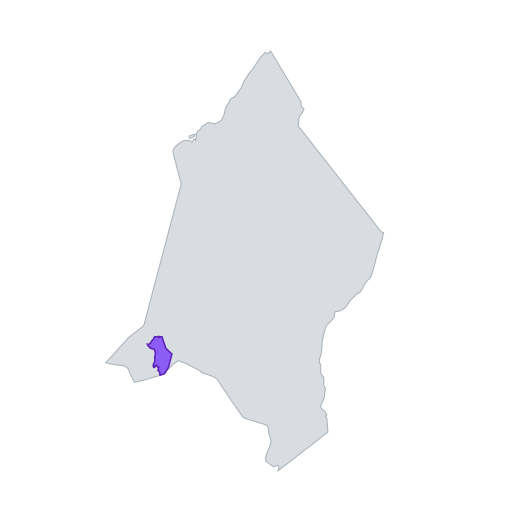 Mandera West, North-Eastern, Kenya (highlighted), rotated 195°
{"feature_id": "3690345B48276245407304", "entity_name": "Mandera West", "entity_type": "district", "adm_level": 2, "iso_a3": "KEN", "parent_name": "Kenya", "parent_adm1": "North-Eastern", "projection": "equal_earth", "projection_center": [40.274, 3.456], "detail": "fine", "context": "in_parent", "style": "filled", "palette": "violet", "viewbox_px": 512, "rotation_deg": 195, "n_neighbors": 0, "source": "geoboundaries", "source_scale": "gbopen_adm2", "svg_char_len": 6336}
<svg xmlns="http://www.w3.org/2000/svg" viewBox="0 0 512 512"><g transform="rotate(195 256 256)"><path d="M138.7,311.6L138.6,304.8L139.3,287.6L139.2,272.5L139.8,264.9L142.6,260.1L143.9,256.7L144.8,251.8L146.2,247.8L149.5,244.6L150.1,242.8L153.6,237.4L155.7,230.5L157.3,228.2L159.2,226.0L160.6,224.8L162.9,223.7L164.7,223.0L165.0,222.5L165.2,221.4L164.6,217.1L165.3,215.7L166.6,212.8L168.0,210.1L169.2,208.4L169.9,206.7L170.3,203.7L170.3,201.5L170.3,198.0L169.9,190.1L168.4,183.4L167.5,176.0L168.2,173.5L167.1,169.2L166.5,168.9L165.5,168.0L164.3,163.9L163.4,160.1L162.9,159.2L158.9,155.9L157.0,148.2L154.8,146.4L153.6,138.7L153.4,136.6L154.6,128.9L154.5,127.1L153.2,125.5L149.5,123.9L146.5,120.7L146.9,119.6L147.1,118.5L145.6,117.7L141.0,104.6L146.9,96.7L152.9,88.7L160.6,78.6L167.6,69.4L173.7,61.4L179.1,54.2L179.0,55.6L179.0,57.4L179.7,58.5L180.8,59.3L182.3,58.5L183.7,57.4L185.0,57.1L193.1,60.1L194.5,62.7L194.4,65.5L194.7,67.5L194.1,69.5L193.4,75.7L193.6,81.3L196.0,85.5L198.2,88.8L199.9,93.4L201.2,94.8L202.9,95.5L208.5,95.7L216.8,96.0L224.7,96.3L225.4,96.4L227.1,97.0L234.4,103.2L241.1,108.9L246.8,113.9L252.3,118.7L257.7,123.3L261.8,127.2L265.9,128.4L272.5,129.0L277.1,129.1L281.4,130.8L287.7,132.3L292.4,133.1L295.3,133.9L303.2,134.8L304.5,134.3L308.0,130.0L311.9,123.0L313.4,119.2L318.5,115.4L327.4,110.0L333.6,106.3L340.6,102.5L343.7,105.8L348.1,111.0L350.0,113.6L351.6,114.8L354.0,115.5L356.8,115.6L358.4,115.4L361.6,114.8L369.1,114.1L373.4,114.2L369.8,121.2L365.5,129.5L357.5,144.9L351.4,153.0L346.8,159.2L346.4,160.3L346.4,167.1L346.5,183.8L346.6,217.2L346.7,250.6L346.8,284.0L346.8,300.7L346.9,306.3L350.9,313.4L354.8,320.2L360.0,329.3L362.8,334.2L363.3,335.8L363.2,339.0L358.9,345.8L355.4,348.9L350.6,350.4L349.2,350.1L347.3,349.2L346.6,350.8L346.1,353.3L345.0,352.8L344.2,352.0L344.7,356.6L345.2,358.8L344.5,361.8L342.2,364.4L342.0,366.7L337.0,372.5L330.0,373.1L326.3,376.0L324.6,378.4L323.4,383.6L323.8,391.5L321.8,397.6L321.5,400.7L317.8,404.6L316.2,408.3L315.0,412.0L314.0,413.6L312.8,421.9L311.1,426.9L310.6,428.6L310.2,430.1L308.9,433.0L308.0,435.1L307.4,436.4L303.1,449.3L299.8,455.1L297.1,454.4L295.4,456.7L295.2,457.8L294.3,457.2L292.1,455.0L287.6,450.7L283.1,446.3L278.5,441.9L274.0,437.5L269.5,433.2L265.0,428.8L260.5,424.4L256.0,420.0L253.3,417.5L252.1,415.9L251.2,412.9L250.8,412.2L249.6,411.2L248.1,411.0L247.7,410.4L247.8,409.0L248.2,406.9L249.9,402.9L250.1,400.5L249.7,397.8L249.2,393.5L248.8,392.5L245.8,390.3L239.5,385.6L233.2,380.9L227.0,376.1L220.7,371.4L214.4,366.7L208.1,362.0L201.9,357.3L195.6,352.6L189.3,347.8L183.0,343.1L176.8,338.4L170.5,333.7L164.2,329.0L157.9,324.3L151.6,319.5L145.4,314.8L143.0,313.1L140.9,311.6L138.7,311.6ZM347.3,357.4L346.2,357.7L346.8,355.5L350.0,352.6L351.3,353.2L351.6,353.9L351.5,354.5L351.0,355.1L347.3,357.4Z" fill="#d9dde1" stroke="#a8b0b8" stroke-width="1"/><path d="M317.8,116.0L314.8,118.0L314.3,118.4L314.1,118.5L313.3,120.8L312.7,122.7L312.2,124.1L311.9,124.9L311.8,125.4L311.8,126.9L311.8,128.1L311.8,128.5L311.8,130.1L311.8,133.1L311.8,134.0L311.8,134.6L311.8,135.5L311.8,136.3L311.8,137.9L311.8,139.2L311.8,139.4L311.8,139.6L312.0,139.7L312.4,139.9L313.5,140.5L314.5,141.0L315.6,141.6L316.5,142.1L317.4,142.6L318.3,143.1L319.1,143.5L319.4,143.9L319.8,144.5L320.3,145.3L320.9,146.2L321.4,146.9L321.9,147.7L322.1,147.8L322.5,148.5L323.1,149.3L323.5,150.0L324.1,150.8L324.5,151.5L325.0,152.3L325.6,153.4L325.8,153.6L326.0,153.7L326.3,153.5L326.5,153.4L326.8,153.3L327.0,153.4L327.3,153.4L327.5,153.2L327.8,153.0L328.0,153.0L328.3,153.0L328.5,153.0L328.6,152.9L328.8,152.8L328.8,152.7L328.9,152.8L328.9,152.7L329.0,152.7L329.3,152.7L329.5,152.6L329.8,152.6L330.0,152.5L330.1,152.4L330.3,152.3L330.5,152.3L330.7,152.2L330.8,152.2L331.0,152.1L331.4,152.1L331.6,152.1L331.8,152.0L332.0,152.0L332.3,152.0L332.5,151.9L332.8,151.8L333.0,151.8L333.0,151.7L333.1,151.4L333.2,151.2L333.4,150.6L333.5,150.1L333.6,149.5L333.7,149.2L333.8,148.8L333.8,148.7L334.0,148.4L334.1,148.2L334.2,147.8L334.2,147.7L334.3,147.6L334.4,147.4L334.5,147.2L334.8,147.1L334.8,146.9L334.8,146.6L334.9,146.3L334.9,146.1L335.0,145.9L335.0,145.6L335.1,145.4L335.1,145.2L335.3,144.9L335.4,144.7L335.5,144.6L335.5,144.3L335.6,144.2L335.8,144.0L335.9,143.9L336.0,143.9L336.1,143.7L336.3,143.6L336.5,143.4L336.6,143.1L336.8,142.9L337.0,142.8L337.2,142.7L337.3,142.7L337.5,142.7L337.9,142.7L338.1,142.7L337.7,142.1L337.3,141.6L337.1,141.4L336.4,140.9L336.1,140.7L335.8,140.7L335.4,140.7L335.1,140.7L334.8,140.2L334.7,140.1L334.6,139.8L334.5,139.6L334.3,139.5L334.1,139.5L333.8,139.6L333.6,139.7L333.5,139.8L333.4,139.8L333.2,139.9L333.0,139.7L332.7,139.5L332.5,139.4L332.4,139.4L332.2,139.4L331.8,139.5L331.6,139.6L331.4,139.7L331.3,139.8L331.2,139.9L330.9,139.8L330.7,139.7L330.3,139.5L329.4,138.5L328.8,137.6L328.7,137.5L328.0,135.9L327.8,135.2L327.8,134.1L327.8,133.1L327.6,132.0L327.4,131.1L326.9,129.8L326.8,129.7L326.8,129.4L326.7,129.2L326.6,128.8L326.5,128.7L326.6,128.3L326.7,128.2L326.6,127.9L326.6,127.7L326.6,127.4L326.6,127.2L326.7,126.9L326.7,126.7L326.8,126.2L326.9,125.9L326.9,125.7L327.0,125.4L327.1,125.2L327.1,124.9L327.1,124.7L327.0,124.4L327.1,124.2L326.9,124.0L326.9,123.9L326.9,123.7L326.8,123.4L326.8,123.1L326.7,122.8L326.7,122.7L326.4,122.5L326.2,122.3L326.1,122.6L325.9,122.7L325.9,122.8L325.7,122.9L325.6,123.1L325.5,123.3L325.4,123.7L325.3,123.9L325.2,124.0L325.0,123.9L324.9,123.8L324.9,123.6L325.0,123.4L325.1,123.2L325.3,122.9L325.2,122.7L325.1,122.4L325.0,122.5L324.9,122.7L324.8,122.9L324.8,123.0L324.7,123.3L324.6,123.6L324.4,123.9L324.1,124.0L323.8,124.4L323.7,124.6L323.6,124.4L323.4,124.2L323.2,124.1L322.9,124.0L322.8,123.9L322.7,123.8L322.6,123.7L322.3,123.4L322.2,123.2L321.9,123.1L321.7,123.1L321.5,123.3L321.4,123.3L321.3,123.5L321.2,123.5L321.1,123.3L321.0,123.2L321.0,122.9L321.0,122.7L321.0,122.4L321.0,122.2L321.1,121.9L321.1,121.7L321.2,121.4L321.2,121.2L321.3,121.1L321.2,120.9L321.1,120.7L321.0,120.4L321.0,120.1L320.9,120.0L320.9,119.9L320.7,119.8L320.4,119.8L320.2,119.8L320.1,119.7L319.9,119.5L319.8,119.4L319.7,119.4L319.6,119.2L319.4,119.1L319.2,119.0L319.1,118.9L319.0,118.7L318.9,118.6L318.7,118.5L318.7,118.4L318.6,118.2L318.4,118.0L318.5,117.8L318.6,117.7L318.6,117.4L318.6,117.2L318.4,117.0L318.3,116.9L318.2,116.8L318.2,116.7L318.1,116.4L318.0,116.2L317.9,116.1L317.8,116.0Z" fill="#8b5cf6" stroke="#5b21b6" stroke-width="1.5"/></g></svg>